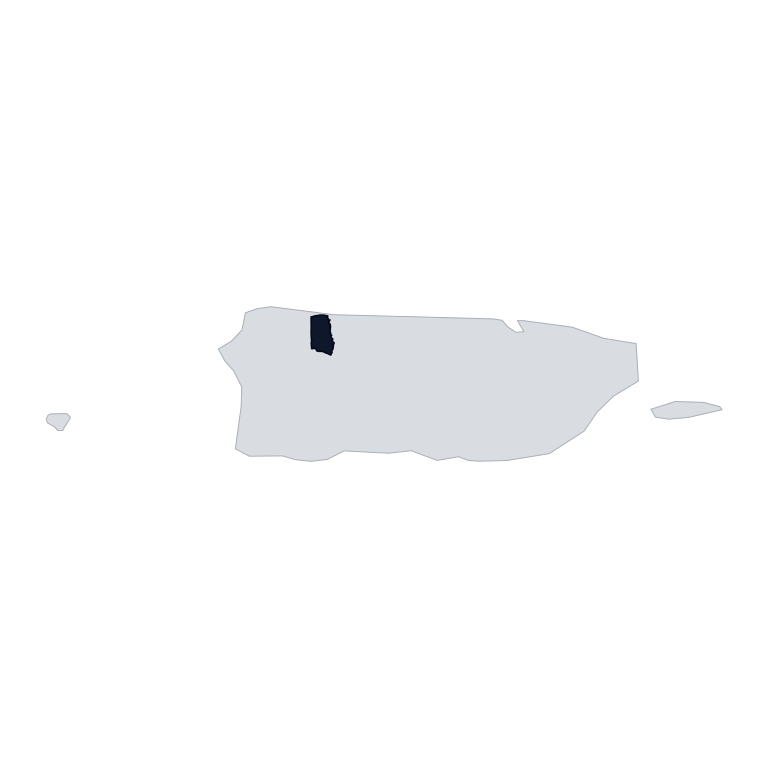 location of Camuy, Puerto Rico
{"feature_id": "32010507B35175802889516", "entity_name": "Camuy", "entity_type": "district", "adm_level": 2, "iso_a3": "PRI", "parent_name": "Puerto Rico", "parent_adm1": "", "projection": "orthographic", "projection_center": [-66.848, 18.417], "detail": "fine", "context": "in_parent", "style": "filled", "palette": "ink", "viewbox_px": 768, "rotation_deg": 0, "n_neighbors": 0, "source": "geoboundaries", "source_scale": "gbopen_adm2", "svg_char_len": 2613}
<svg xmlns="http://www.w3.org/2000/svg" viewBox="0 0 768 768"><path d="M508.2,327.2L516.1,332.4L523.8,331.6L517.5,320.6L523.2,320.6L572.2,327.2L603.7,338.3L636.1,343.6L638.4,381.0L613.5,396.1L597.3,411.9L584.1,431.1L549.3,453.6L507.1,460.5L479.1,461.2L468.6,460.5L458.4,456.7L437.2,460.4L411.0,450.7L388.6,453.2L344.0,450.9L327.4,459.4L311.4,461.3L295.7,459.7L282.4,455.9L249.3,456.2L235.4,448.8L241.2,406.1L241.7,386.9L233.7,370.9L224.8,360.9L218.4,349.0L231.4,341.2L242.0,329.9L245.4,312.8L257.0,308.7L270.7,306.7L333.7,314.7L493.0,318.9L502.1,320.3L508.2,327.2ZM688.6,417.4L668.5,419.2L655.4,417.1L651.0,409.2L675.2,401.5L703.6,402.4L719.9,406.7L721.9,409.7L688.6,417.4ZM62.5,430.4L60.1,430.7L57.8,430.4L56.7,429.6L55.0,427.1L47.8,423.1L46.1,419.4L47.8,415.5L50.7,413.9L65.5,413.6L67.1,414.0L70.0,416.7L70.1,418.6L68.6,420.5L66.0,425.1L64.9,426.3L64.0,427.5L63.7,429.6L62.5,430.4Z" fill="#d9dde1" stroke="#a8b0b8" stroke-width="1"/><path d="M313.1,348.5L313.6,348.2L314.7,348.5L315.0,348.5L315.3,348.8L316.0,349.1L316.3,349.7L316.4,350.2L316.9,350.8L317.3,351.2L318.2,351.2L318.7,351.4L320.9,351.4L323.0,351.6L323.4,351.7L323.7,352.0L324.6,352.1L325.1,352.8L326.0,353.0L327.5,353.5L329.6,354.6L330.8,355.0L331.4,353.7L331.8,352.9L332.1,352.4L332.1,352.0L331.5,351.2L331.9,350.6L331.8,350.0L332.3,349.9L332.9,349.4L333.1,347.8L333.3,347.5L333.2,347.1L333.3,346.8L333.3,346.0L333.6,344.8L333.7,344.1L333.8,343.7L334.2,343.1L333.9,342.6L333.7,342.4L333.4,342.2L332.9,341.9L332.5,341.3L332.4,340.6L332.7,340.0L332.6,339.5L332.7,339.0L332.5,338.5L332.0,338.5L331.5,338.2L330.9,336.3L331.0,336.1L331.6,335.7L331.6,335.2L331.3,335.1L330.8,334.7L330.6,334.1L330.8,333.0L330.5,332.7L330.2,332.0L330.3,331.4L330.1,330.7L329.6,330.0L329.8,329.5L330.4,329.3L330.3,328.2L330.3,327.7L330.6,327.0L330.1,326.7L330.1,326.1L330.4,326.0L330.3,324.9L330.2,324.1L329.5,324.1L328.8,323.4L328.6,322.5L329.2,322.2L329.2,321.5L329.4,321.2L329.1,320.8L329.5,320.6L329.2,320.4L329.4,320.0L328.7,320.2L328.5,319.8L328.0,319.8L327.9,318.7L328.2,318.4L328.0,318.2L327.6,318.1L327.4,317.9L327.3,317.4L327.1,317.1L327.5,316.9L327.8,316.3L327.6,315.9L327.1,315.9L325.7,315.5L324.7,315.3L323.9,315.1L323.2,315.1L322.1,315.1L321.6,315.1L320.1,315.0L319.8,315.0L319.7,315.0L318.7,315.4L318.4,315.5L316.7,315.5L316.0,315.7L315.2,315.8L314.7,316.0L314.0,316.1L312.3,316.7L312.0,316.8L311.1,316.9L311.1,320.2L311.1,321.3L311.1,323.7L311.2,326.0L311.2,327.3L311.1,330.1L311.1,334.7L311.3,337.8L311.3,338.2L311.6,340.3L311.2,343.6L311.3,344.4L311.7,348.6L312.0,348.8L312.8,348.7L313.1,348.5Z" fill="#0f172a" stroke="#020617" stroke-width="1.5"/></svg>